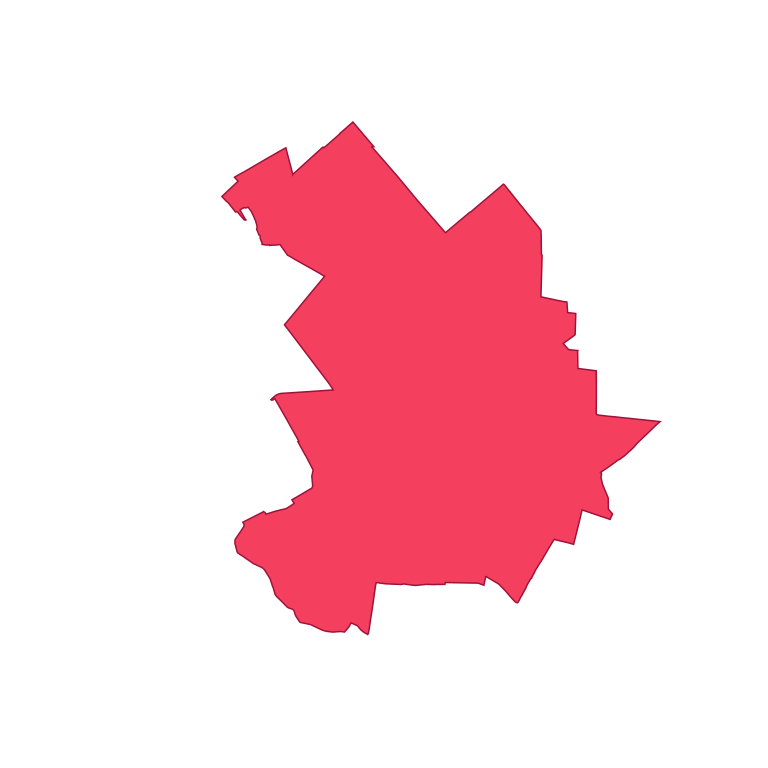 outline of Ciocarlia, Constanta, Romania, rotated 227°
{"feature_id": "2599482B33175651559383", "entity_name": "Ciocarlia", "entity_type": "district", "adm_level": 2, "iso_a3": "ROU", "parent_name": "Romania", "parent_adm1": "Constanta", "projection": "robinson", "projection_center": [28.275, 44.143], "detail": "fine", "context": "isolated", "style": "filled", "palette": "rose", "viewbox_px": 768, "rotation_deg": 227, "n_neighbors": 0, "source": "geoboundaries", "source_scale": "gbopen_adm2", "svg_char_len": 5847}
<svg xmlns="http://www.w3.org/2000/svg" viewBox="0 0 768 768"><g transform="rotate(227 384 384)"><path d="M529.1,535.6L532.9,535.7L564.9,536.8L565.7,536.8L565.5,537.5L565.1,538.1L564.7,538.4L596.4,539.9L596.8,539.9L597.3,523.6L597.4,522.7L597.1,522.5L597.1,521.1L597.5,506.9L597.7,502.3L597.8,501.0L598.6,501.0L598.6,500.8L599.0,500.6L599.5,460.4L599.4,460.2L613.3,467.7L623.7,473.3L625.4,466.6L628.7,452.5L634.8,425.5L635.1,424.6L637.2,415.8L637.2,415.6L635.9,415.6L634.4,415.6L631.8,415.6L631.8,406.4L631.7,406.4L631.7,403.1L631.8,403.1L631.7,393.3L626.8,393.3L624.5,393.4L623.4,393.7L612.8,392.9L611.2,392.6L610.0,394.2L609.7,394.2L608.7,394.2L606.1,393.9L601.7,393.8L599.6,393.7L599.2,393.8L598.5,394.3L598.3,394.7L598.2,395.0L599.5,395.0L607.9,397.0L609.5,397.4L609.0,400.3L608.5,401.5L607.8,402.6L607.2,402.9L606.9,403.0L606.0,405.2L600.6,404.6L594.7,402.7L591.3,401.5L588.7,400.2L585.2,398.3L584.9,397.7L584.7,397.2L584.3,396.7L583.8,396.3L582.6,395.8L581.4,395.5L580.0,394.9L579.1,394.4L578.5,394.2L577.7,394.3L577.1,394.5L576.8,394.4L575.7,393.4L575.0,392.9L574.5,392.6L573.6,392.2L572.1,391.7L571.5,391.4L570.0,390.8L569.3,390.0L568.9,390.3L568.4,390.7L568.2,390.8L568.0,391.0L567.7,391.2L567.5,391.4L567.3,391.6L567.1,391.8L566.6,392.1L566.4,392.3L566.2,392.5L565.9,392.7L565.7,392.9L565.6,393.1L565.3,393.3L565.2,393.6L564.9,393.8L564.6,394.2L564.2,394.6L564.0,394.9L563.8,395.0L563.7,395.2L563.3,394.9L562.6,395.8L561.7,397.0L560.5,398.4L559.3,399.8L558.5,400.9L556.9,403.0L556.7,403.0L544.0,401.3L542.4,401.9L534.6,404.2L523.0,407.9L513.9,410.8L503.7,413.9L503.3,414.0L502.0,404.1L500.4,391.6L498.8,379.4L497.2,367.3L495.6,354.8L495.2,351.6L494.9,351.5L485.2,350.6L468.5,348.9L442.5,346.2L421.7,344.1L414.3,342.8L430.3,323.1L435.2,317.1L447.4,302.2L448.5,300.2L449.1,298.6L449.5,297.0L449.6,295.7L449.7,294.0L449.7,292.0L449.7,291.7L449.7,290.6L448.9,290.7L448.0,291.9L448.0,293.8L447.9,294.2L425.9,289.0L400.3,282.7L400.6,281.7L385.7,277.9L385.1,277.9L369.4,273.5L365.8,268.3L357.8,262.1L357.1,260.1L362.1,237.7L357.9,236.8L359.5,227.8L360.0,226.8L364.8,218.3L368.0,211.6L368.1,211.3L368.4,210.7L368.5,210.6L369.3,208.8L369.6,208.9L370.4,209.2L371.0,209.4L371.3,209.3L371.8,209.2L372.3,209.0L373.0,208.8L372.9,208.5L372.9,208.2L376.3,196.5L376.7,195.2L376.8,194.8L376.8,194.7L379.2,186.5L378.3,186.3L377.5,186.2L376.9,186.0L376.1,185.2L375.6,184.6L375.3,184.1L375.1,183.1L374.1,179.2L372.6,172.5L372.2,170.7L371.7,169.0L371.5,168.6L371.1,168.2L370.2,167.3L368.9,166.1L366.9,165.1L364.0,163.5L361.3,162.1L360.4,161.9L359.5,162.0L357.3,162.5L354.7,163.2L348.5,164.5L341.8,166.0L341.0,166.3L333.9,169.2L332.4,169.7L331.3,169.9L330.3,169.9L329.4,169.8L328.7,169.7L323.9,168.8L319.4,167.9L318.7,167.6L316.9,166.8L314.8,165.8L312.7,164.8L310.2,163.8L304.6,161.0L303.9,160.7L303.2,160.6L301.9,160.6L300.2,160.6L298.0,160.7L295.8,160.8L291.1,161.0L289.8,161.0L287.5,161.1L286.6,161.1L286.0,161.3L285.0,161.7L282.8,162.8L281.7,163.5L281.0,163.6L280.3,163.7L279.8,163.6L279.1,163.3L275.9,161.8L274.7,161.3L270.9,160.6L268.3,160.2L266.8,160.1L259.6,165.2L258.2,166.2L251.2,169.0L250.1,169.4L248.9,169.9L247.8,170.3L244.4,171.9L244.1,172.2L242.3,173.3L239.4,175.7L237.7,177.2L237.0,177.9L235.1,180.4L232.6,183.4L231.7,184.2L230.3,185.3L230.1,185.5L229.5,186.0L230.2,192.1L230.7,194.3L231.0,194.6L231.8,196.7L231.8,197.0L227.9,198.6L226.1,199.4L225.3,199.7L224.4,199.7L222.9,199.5L220.0,199.4L217.3,199.7L214.4,200.4L213.5,200.9L211.9,201.2L212.2,202.4L215.4,206.7L220.7,213.3L227.7,222.2L234.6,230.8L238.2,235.2L242.5,240.6L244.1,242.9L243.5,243.4L237.1,248.6L225.8,259.7L224.2,262.2L221.5,264.3L215.3,269.5L214.9,270.0L214.4,270.7L208.7,278.2L208.6,278.3L202.6,284.4L202.7,284.5L195.9,291.9L197.0,293.4L174.2,317.0L168.7,319.8L173.8,327.1L173.7,327.3L159.4,331.5L149.7,331.7L142.1,331.4L139.0,331.3L136.9,331.3L135.0,331.4L133.5,332.0L133.0,332.4L133.0,333.3L133.1,333.9L133.9,336.2L134.5,337.5L135.0,339.4L136.1,342.8L137.2,346.1L138.2,349.1L139.0,350.5L140.2,354.0L140.8,356.3L141.5,358.5L141.2,359.3L142.2,361.2L142.4,362.0L143.3,364.9L144.5,367.7L145.3,370.8L146.0,373.2L146.8,376.0L147.2,378.2L148.1,381.1L151.1,391.1L152.5,395.9L153.4,399.1L154.2,402.0L154.2,402.7L153.4,403.0L142.4,410.3L140.3,411.6L137.4,413.3L150.3,433.2L150.4,433.3L156.8,443.0L130.8,457.0L132.2,460.5L133.0,462.5L138.8,462.7L139.5,463.0L140.4,463.6L147.3,469.9L148.3,470.5L157.1,473.7L162.3,475.8L167.4,478.8L167.9,479.2L168.8,480.5L169.9,481.8L170.4,482.1L170.5,482.0L171.8,482.1L171.6,482.9L171.3,484.3L170.4,490.2L169.5,496.8L169.4,497.7L169.0,501.3L168.7,503.8L168.6,504.1L168.2,504.7L168.0,506.4L167.5,510.6L167.4,512.8L167.4,517.7L167.3,518.9L167.4,523.8L167.6,525.6L168.0,528.9L168.0,530.8L168.0,532.2L168.0,532.3L168.1,533.9L168.1,535.9L168.1,537.5L168.1,541.6L168.4,555.7L168.2,560.1L168.2,560.3L181.1,549.1L183.3,547.2L183.8,546.7L186.0,544.8L188.1,543.0L191.8,539.8L197.9,534.4L198.9,533.6L202.2,530.8L207.4,526.1L215.0,519.7L216.2,518.9L216.9,518.7L217.6,519.0L229.0,529.8L242.6,542.5L248.9,548.2L249.1,548.1L263.1,536.4L276.4,548.4L276.4,548.5L280.2,545.1L282.4,543.1L283.3,542.6L285.5,542.5L291.4,542.7L289.7,556.8L289.7,557.3L290.0,557.7L291.2,558.9L291.3,559.0L304.4,572.0L304.8,572.3L311.0,567.0L319.2,573.7L320.3,572.8L321.9,571.5L323.7,570.2L325.1,569.2L326.4,568.2L331.2,564.9L334.3,562.7L339.8,558.9L340.8,558.2L341.1,558.6L370.4,587.5L371.3,587.4L374.4,590.2L386.5,601.2L388.0,602.4L388.6,603.1L389.8,603.7L390.8,603.8L394.2,604.1L397.2,604.3L400.4,604.5L406.5,604.9L409.2,605.1L410.1,605.1L419.9,605.9L420.3,605.8L434.2,606.9L447.9,607.9L448.0,607.8L448.8,607.5L448.8,607.3L448.8,604.8L450.7,565.4L450.6,564.9L451.1,564.2L451.7,552.6L451.9,550.1L452.0,546.4L452.7,533.6L452.8,532.1L460.4,532.4L463.0,532.5L484.9,533.3L495.7,533.7L507.5,534.4L528.9,535.6L529.0,535.6L529.1,535.6Z" fill="#f43f5e" stroke="#9f1239" stroke-width="1.5"/></g></svg>